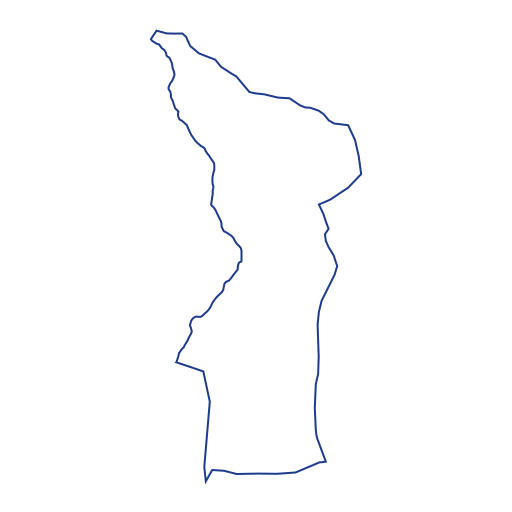 Ag Geneina, Western Darfur, Sudan
{"feature_id": "16777658B14333470072302", "entity_name": "Ag Geneina", "entity_type": "district", "adm_level": 2, "iso_a3": "SDN", "parent_name": "Sudan", "parent_adm1": "Western Darfur", "projection": "equal_earth", "projection_center": [22.252, 13.37], "detail": "fine", "context": "isolated", "style": "outline", "palette": "blue", "viewbox_px": 512, "rotation_deg": 0, "n_neighbors": 0, "source": "geoboundaries", "source_scale": "gbopen_adm2", "svg_char_len": 3052}
<svg xmlns="http://www.w3.org/2000/svg" viewBox="0 0 512 512"><path d="M348.1,125.2L334.1,123.5L328.8,120.4L323.7,114.2L318.7,110.7L310.1,107.7L305.4,107.5L300.3,105.5L289.6,98.3L278.0,97.6L264.1,94.3L254.9,93.3L249.4,92.0L236.2,76.3L231.8,73.8L220.9,66.7L215.3,59.7L206.9,56.5L199.0,53.4L190.2,46.0L186.0,36.7L182.3,33.5L173.6,33.6L166.7,33.4L157.4,30.9L156.6,30.7L155.7,31.9L155.2,32.7L150.9,39.1L151.7,40.3L152.6,41.2L153.3,41.6L153.6,41.8L153.8,41.9L154.5,42.4L154.8,42.6L155.6,43.1L157.2,43.9L157.7,44.1L159.0,44.4L159.1,44.5L159.3,44.6L160.6,46.6L161.9,48.3L162.1,48.5L162.6,48.7L162.8,48.9L164.5,50.2L165.9,52.7L166.6,55.5L167.0,56.2L167.4,56.5L169.2,57.6L169.4,57.8L170.8,60.6L171.9,63.3L172.3,65.4L172.5,67.4L173.0,69.2L174.0,71.7L174.5,75.0L173.6,77.6L172.1,80.9L170.2,83.4L168.5,87.4L168.7,89.5L170.2,91.5L170.9,94.3L170.9,96.6L171.3,98.1L172.3,99.9L173.2,102.2L174.1,105.2L175.3,108.5L177.0,110.0L178.5,111.8L177.9,113.8L178.3,116.9L179.6,119.6L181.8,120.6L183.9,122.5L187.0,125.3L188.1,128.3L191.1,134.7L193.2,137.7L195.5,141.0L197.2,142.8L199.6,144.8L200.9,146.0L203.3,147.3L204.6,148.4L205.3,150.2L205.8,151.2L206.3,152.0L207.3,153.5L209.2,155.8L210.3,157.6L214.1,163.2L214.1,163.3L214.3,166.4L214.3,169.7L213.5,172.5L212.6,176.5L212.4,179.8L212.6,183.8L213.5,186.8L213.2,188.7L212.6,191.0L212.8,193.5L212.0,198.1L212.0,198.9L211.1,204.4L212.0,206.0L213.5,207.2L215.1,209.3L217.1,213.6L218.4,216.1L220.0,219.4L220.9,221.2L221.5,223.7L221.6,226.9L222.2,228.1L222.9,229.3L223.0,229.6L223.1,229.8L223.2,230.0L223.9,231.3L225.6,232.0L227.0,232.9L228.2,233.6L229.2,234.3L229.7,234.6L230.0,234.9L231.6,236.0L233.1,237.6L234.5,240.1L235.4,241.7L236.7,243.7L238.4,245.3L238.8,245.7L240.7,247.8L241.3,249.8L241.5,250.4L241.5,252.9L241.5,255.5L241.5,257.7L241.5,259.9L241.4,261.5L239.8,262.2L238.8,263.0L238.2,264.8L238.0,266.1L237.9,266.5L237.8,267.4L237.7,269.4L233.7,274.5L231.2,278.0L229.0,280.6L226.0,281.8L224.5,283.6L223.1,290.2L222.0,292.0L219.9,294.0L218.8,295.0L216.5,297.3L214.7,299.6L212.8,302.2L211.3,305.3L209.7,308.3L207.5,311.1L205.0,313.3L202.0,316.1L200.3,316.9L198.6,316.8L196.7,316.6L195.0,316.9L192.9,318.4L192.3,319.2L191.8,319.9L191.1,321.0L190.6,322.8L189.9,325.3L191.0,328.1L191.8,331.6L191.0,333.7L189.0,337.2L187.8,340.1L187.5,340.8L186.5,342.3L184.9,344.9L184.6,345.3L183.9,347.1L182.9,348.0L181.8,349.2L181.1,350.1L180.3,351.4L179.9,351.9L179.0,353.2L178.5,355.5L178.4,356.3L177.7,358.3L177.1,360.1L176.4,362.2L176.3,362.3L203.3,371.4L209.8,401.7L204.3,466.8L205.8,481.3L212.2,470.0L224.2,470.8L236.6,474.0L258.2,473.6L276.8,473.8L295.5,472.5L319.6,462.3L319.9,462.2L321.0,462.3L322.9,462.1L325.8,461.6L317.0,437.9L316.3,434.2L315.8,429.8L314.8,407.8L315.8,384.1L318.1,374.2L318.7,356.9L317.6,324.3L318.9,311.8L321.6,300.8L322.2,299.6L334.6,274.7L337.2,266.1L333.7,255.5L328.7,247.3L325.8,240.9L325.0,234.2L328.6,228.8L326.2,222.5L323.3,213.8L318.9,204.5L330.1,199.7L335.0,196.5L338.9,193.8L347.9,187.9L361.1,174.2L360.8,171.5L358.7,156.1L355.0,139.9L348.1,125.2Z" fill="none" stroke="#1e3a8a" stroke-width="2"/></svg>